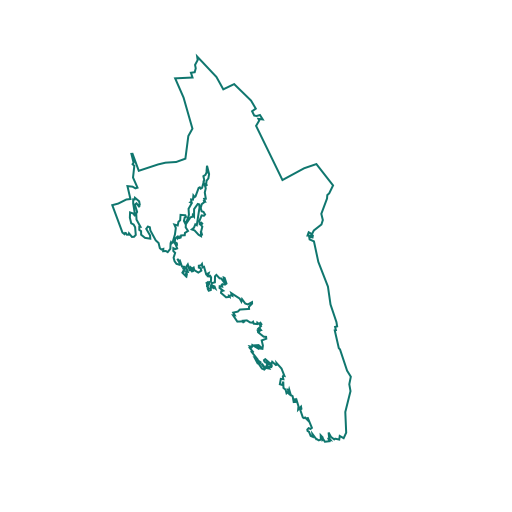 the district of Søgne nor, Vest-Agder, Norway, rotated 59°
{"feature_id": "86288312B80796740306495", "entity_name": "Søgne nor", "entity_type": "district", "adm_level": 2, "iso_a3": "NOR", "parent_name": "Norway", "parent_adm1": "Vest-Agder", "projection": "robinson", "projection_center": [7.753, 58.101], "detail": "fine", "context": "isolated", "style": "outline", "palette": "teal", "viewbox_px": 512, "rotation_deg": 59, "n_neighbors": 0, "source": "geoboundaries", "source_scale": "gbopen_adm2", "svg_char_len": 6153}
<svg xmlns="http://www.w3.org/2000/svg" viewBox="0 0 512 512"><g transform="rotate(59 256 256)"><path d="M420.5,244.6L414.0,242.1L408.3,236.9L401.2,237.0L379.3,232.1L377.7,232.5L360.3,226.8L360.7,225.7L357.5,224.7L358.1,222.7L354.1,221.1L335.9,217.1L319.3,210.1L293.1,205.6L273.3,198.8L269.4,201.5L266.8,200.5L269.2,198.0L267.9,196.9L265.0,201.3L262.8,198.6L266.1,196.8L263.9,193.3L262.7,183.7L259.6,180.2L253.5,178.3L243.3,165.5L240.5,163.5L240.0,161.0L235.2,153.6L208.3,156.9L205.6,169.5L204.5,194.2L144.5,188.9L141.5,183.4L139.7,183.3L142.4,179.9L137.2,180.0L136.3,183.4L134.7,185.2L129.9,184.8L129.6,180.3L120.3,180.2L97.4,186.2L96.3,198.2L82.2,197.7L54.7,203.7L58.0,205.1L60.8,209.8L64.1,211.0L66.9,213.9L65.4,217.4L70.3,218.5L62.1,233.8L82.9,236.5L114.1,244.9L118.3,252.2L136.2,266.4L134.3,276.0L129.4,285.5L127.1,292.7L122.6,312.6L104.8,309.2L104.3,310.2L113.0,312.9L113.7,314.5L116.1,313.9L125.4,321.0L136.4,322.4L135.9,324.5L133.0,326.1L129.9,330.2L142.5,334.3L140.8,338.0L140.1,347.1L138.4,353.0L167.1,358.4L169.5,357.5L168.8,356.3L169.4,355.7L171.1,355.8L172.2,354.1L171.2,353.2L175.8,352.5L176.7,350.6L176.0,348.2L169.1,344.8L166.0,344.7L163.7,346.1L158.2,344.4L153.8,341.5L156.3,339.4L159.6,339.0L147.7,334.2L144.2,332.1L145.0,331.0L143.7,329.8L148.9,328.0L152.1,329.2L151.8,330.3L154.2,330.7L149.3,331.3L149.6,333.4L157.0,335.2L157.9,336.8L163.3,339.7L171.5,340.0L170.9,341.0L173.5,342.6L175.5,341.7L178.6,343.5L183.3,341.8L186.7,337.7L183.8,336.2L176.2,336.1L175.1,333.5L176.7,332.2L179.7,333.4L190.9,333.9L194.7,332.8L199.8,334.4L201.8,333.7L202.2,331.8L204.1,333.1L205.3,330.7L207.2,329.7L205.7,325.7L201.0,322.6L200.4,321.8L201.7,321.8L201.4,320.5L195.8,314.4L190.7,310.3L187.0,309.8L189.5,307.4L186.7,304.8L186.3,302.6L181.9,299.5L184.7,295.6L186.4,295.9L186.4,297.4L188.8,299.7L191.4,299.9L189.9,296.7L186.2,292.3L180.8,289.5L177.6,283.8L176.2,284.6L176.2,283.4L174.1,282.5L175.2,281.0L171.9,278.5L173.9,278.3L173.8,277.2L168.1,270.1L168.2,268.8L169.8,268.7L169.8,267.1L164.1,261.2L160.5,260.0L160.4,257.5L159.1,255.7L159.6,254.3L157.8,254.7L153.4,251.5L161.6,254.0L165.0,256.9L166.0,259.6L168.7,261.7L168.1,262.1L169.4,261.7L170.6,261.8L167.1,263.0L172.1,264.2L175.2,267.2L181.0,269.5L180.3,271.0L183.1,271.6L182.4,272.3L183.2,272.5L183.6,275.8L186.3,278.6L189.7,279.6L191.1,278.3L194.2,278.3L194.7,279.9L193.2,281.7L196.9,286.6L199.4,287.7L199.3,285.7L200.5,285.4L201.2,287.2L203.2,286.9L206.8,290.5L210.7,291.5L208.7,291.8L210.7,292.9L208.2,294.3L202.4,295.5L200.2,297.3L199.8,294.6L197.6,291.7L199.1,290.9L185.3,279.4L182.5,278.1L181.4,279.1L183.9,284.9L190.3,288.8L188.4,289.1L189.7,290.1L189.1,292.3L192.6,299.7L195.2,301.5L199.5,301.4L199.6,305.0L201.5,306.4L199.8,309.6L201.4,311.1L201.1,312.4L199.8,312.2L200.5,314.0L199.0,313.7L199.5,316.0L202.7,319.2L204.6,319.0L203.5,317.7L204.3,317.3L205.8,318.0L205.5,319.1L208.9,319.7L208.5,321.7L206.7,322.8L209.1,324.3L211.7,323.7L215.0,327.5L218.6,328.5L221.8,328.2L224.0,326.2L222.7,325.1L217.9,324.9L220.7,324.4L220.7,323.6L226.9,324.9L228.1,323.3L229.1,324.6L230.2,322.7L231.2,325.6L233.1,326.1L231.6,326.3L232.4,327.7L236.9,326.6L236.2,326.0L237.4,325.9L236.0,324.6L233.2,323.9L234.4,322.6L229.5,321.6L228.1,318.8L234.8,320.4L231.9,317.9L234.1,317.2L235.1,318.0L234.4,318.8L236.2,318.9L236.5,317.9L233.8,316.4L233.8,315.4L236.3,316.2L240.5,314.0L240.4,310.4L237.9,309.8L236.5,311.0L234.9,310.0L235.7,308.0L235.0,306.4L238.3,307.6L238.5,306.1L246.2,308.2L247.1,307.9L246.2,307.3L246.3,305.3L248.6,307.7L249.9,306.1L248.5,305.5L251.2,305.5L254.7,307.8L254.3,310.0L256.7,310.5L253.6,310.7L253.7,312.2L255.4,311.7L256.6,312.1L255.8,313.0L256.9,313.7L259.4,313.1L259.4,314.3L261.4,314.4L261.9,312.3L258.9,310.4L260.9,309.3L259.6,308.8L262.7,307.6L260.7,307.2L258.2,309.3L256.5,307.7L257.4,304.8L252.3,301.6L251.8,299.7L256.4,298.7L257.3,297.4L262.2,296.9L257.8,294.8L258.7,294.2L264.4,295.5L264.5,296.6L262.8,296.5L264.2,297.7L263.1,299.4L262.6,298.6L263.1,300.4L264.8,300.8L263.2,302.7L264.6,303.7L268.8,302.0L268.3,303.9L269.6,305.0L276.0,302.9L277.1,300.4L276.3,299.9L277.4,299.5L276.5,299.1L276.7,297.7L277.8,296.9L275.1,296.3L284.1,291.9L287.5,292.0L285.8,290.2L291.2,289.7L293.3,287.9L293.5,283.2L294.8,283.9L295.9,288.2L297.8,289.2L293.6,297.4L294.3,300.2L292.8,304.7L296.0,304.7L295.0,306.2L302.6,305.8L305.1,301.3L306.2,301.1L306.2,300.2L304.9,300.3L306.5,297.0L309.9,295.3L311.2,293.6L310.9,292.4L312.9,292.8L314.9,290.1L313.8,289.2L315.7,288.5L315.5,286.6L317.2,286.5L317.3,289.1L317.4,287.7L318.7,287.8L319.5,291.6L321.3,291.4L321.1,290.0L322.1,289.9L321.1,292.5L323.4,291.9L321.3,293.0L322.4,293.5L329.1,291.0L330.5,289.0L332.2,289.8L331.3,294.6L336.3,296.2L338.9,298.3L337.0,300.6L336.7,298.8L333.7,299.7L332.4,302.2L336.7,300.9L336.9,301.5L330.4,305.0L331.7,306.1L330.2,307.9L331.9,307.8L331.6,308.7L337.5,307.8L334.8,309.3L346.2,307.8L343.1,309.6L348.7,309.9L348.8,308.5L347.1,307.9L349.4,306.8L350.3,307.2L348.9,307.6L349.8,309.2L355.5,308.9L357.6,307.4L357.0,306.1L353.2,306.9L352.7,306.3L357.0,305.9L355.1,302.8L357.6,302.8L357.9,304.2L359.4,302.5L357.3,302.4L358.9,300.3L356.0,299.5L359.1,299.6L357.7,298.8L355.2,299.6L355.8,300.4L354.3,301.8L355.3,302.2L353.1,302.0L354.1,300.9L353.2,300.8L352.1,302.7L350.6,303.1L349.4,302.8L349.2,301.2L355.0,299.3L356.1,297.9L355.0,296.6L359.7,295.1L359.9,294.1L358.3,293.5L365.6,292.1L373.4,293.4L372.6,294.2L373.1,295.1L375.7,296.0L374.1,298.0L378.2,301.6L380.1,299.9L377.7,297.3L383.2,300.4L385.9,299.5L389.3,300.5L389.0,299.4L391.1,298.7L387.5,297.6L388.4,297.2L387.5,296.3L393.1,297.8L395.0,296.8L400.6,298.9L401.3,297.6L398.0,296.1L400.3,296.7L399.9,295.3L406.7,297.0L409.4,299.0L408.3,295.0L410.4,295.8L410.6,297.3L418.5,299.0L419.7,298.4L419.7,297.1L423.1,296.3L420.8,294.9L432.1,296.6L432.3,298.4L430.7,299.5L431.2,301.4L432.5,301.9L434.0,301.1L438.4,301.8L440.2,300.5L437.5,299.3L444.8,298.6L444.1,298.3L446.3,297.2L446.8,295.0L443.0,292.9L445.8,292.3L447.9,293.6L447.8,292.7L450.7,292.6L452.6,288.4L450.5,288.1L451.9,286.9L449.8,287.1L444.7,284.7L449.7,284.9L453.5,283.4L453.4,282.2L456.2,279.2L453.4,276.9L457.3,274.7L453.9,269.7L435.7,259.8L420.5,244.6Z" fill="none" stroke="#0f766e" stroke-width="2"/></g></svg>